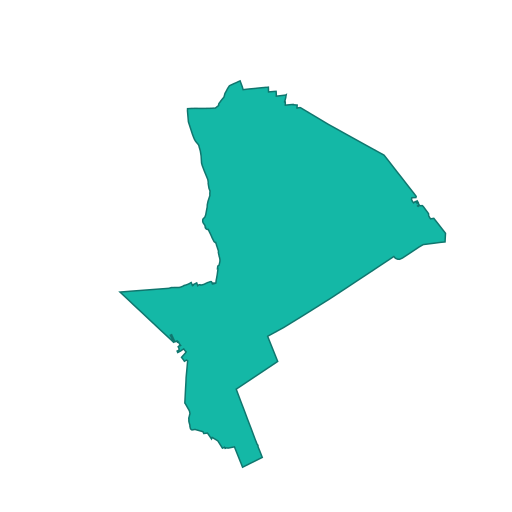 Tláhuac, Distrito Federal, Mexico, rotated 49°
{"feature_id": "50627088B16651448707811", "entity_name": "Tláhuac", "entity_type": "district", "adm_level": 2, "iso_a3": "MEX", "parent_name": "Mexico", "parent_adm1": "Distrito Federal", "projection": "robinson", "projection_center": [-99.012, 19.269], "detail": "fine", "context": "isolated", "style": "filled", "palette": "teal", "viewbox_px": 512, "rotation_deg": 49, "n_neighbors": 0, "source": "geoboundaries", "source_scale": "gbopen_adm2", "svg_char_len": 5480}
<svg xmlns="http://www.w3.org/2000/svg" viewBox="0 0 512 512"><g transform="rotate(49 256 256)"><path d="M99.9,211.0L101.5,212.5L110.4,219.0L111.1,219.3L122.4,224.1L125.1,225.1L127.5,225.9L129.5,226.3L131.2,226.4L133.4,226.4L134.3,226.5L135.0,226.6L136.5,227.4L140.2,229.1L144.5,231.8L150.1,236.1L152.4,237.2L157.8,239.2L166.7,242.2L169.1,243.7L169.6,244.3L171.3,245.4L173.6,246.8L174.1,247.1L176.3,247.9L176.7,248.0L178.8,250.1L180.0,251.0L180.7,252.1L183.2,256.3L185.4,259.2L187.1,260.8L188.0,262.0L191.9,266.9L192.4,267.8L193.1,269.1L193.3,271.6L193.4,271.9L193.8,272.5L194.9,273.5L195.5,273.8L196.1,274.1L199.5,274.5L201.2,275.6L201.4,275.3L202.1,275.8L203.0,275.8L204.1,275.3L204.5,274.6L205.6,274.9L206.4,275.1L207.0,275.3L208.2,275.6L208.9,275.8L209.0,275.8L211.7,276.6L212.6,276.9L213.8,277.3L214.5,277.4L215.0,277.6L215.6,277.7L216.1,277.8L216.9,278.1L217.5,278.1L217.9,278.2L218.6,278.0L219.1,277.9L219.3,277.5L220.4,278.0L221.0,278.2L221.2,278.3L221.9,278.7L223.7,279.4L224.6,279.8L225.0,280.0L225.3,280.1L227.0,280.8L227.5,281.0L228.0,281.4L228.5,282.0L229.5,282.6L231.2,283.5L232.2,284.1L232.8,284.3L233.5,284.7L233.9,284.9L234.6,285.3L235.2,285.7L235.8,286.2L236.1,286.5L236.5,286.9L236.8,287.3L237.7,288.5L238.2,289.2L238.5,289.7L238.7,290.1L238.5,291.2L238.9,291.9L239.8,292.9L239.8,292.7L240.5,293.0L241.0,293.4L241.3,293.7L243.3,296.0L244.8,297.7L246.4,299.7L247.0,300.4L247.5,301.1L248.4,302.2L248.8,302.6L250.1,304.2L249.0,306.5L248.6,305.8L248.0,307.1L247.2,306.6L246.8,306.7L246.2,306.5L245.8,306.8L245.7,306.8L245.2,307.8L244.9,308.7L244.5,309.5L244.2,310.4L243.9,311.3L243.7,312.2L243.5,312.9L243.4,313.5L242.6,315.2L242.1,316.1L241.9,316.6L241.7,316.8L241.5,317.0L241.0,317.0L240.4,317.8L240.2,318.4L240.2,319.3L240.2,319.5L237.4,318.4L237.2,318.8L237.2,319.5L237.0,320.0L236.4,322.2L237.0,322.6L236.7,323.4L233.5,322.3L233.3,323.0L233.3,323.5L233.2,323.9L233.1,324.4L233.0,324.8L232.9,325.1L232.8,325.4L232.5,326.4L231.7,328.4L231.2,329.3L231.0,329.7L231.0,330.3L230.9,330.7L230.7,331.4L230.2,332.8L229.8,333.8L229.7,334.2L229.5,334.4L229.3,334.5L229.0,335.1L226.7,337.7L224.2,340.7L223.9,341.5L223.1,343.1L199.5,374.8L194.0,382.3L203.5,381.3L206.5,381.0L212.1,380.5L218.7,379.8L224.1,379.2L230.3,378.6L235.3,378.1L239.1,377.7L245.7,377.0L249.9,376.6L255.4,376.0L259.9,375.5L263.6,375.1L267.0,374.8L267.0,374.6L259.6,372.7L260.0,371.3L261.9,371.9L265.4,372.9L267.6,373.5L268.0,372.1L268.3,371.3L269.6,371.9L270.0,370.9L271.7,371.4L274.1,371.6L274.0,372.0L273.4,372.4L273.4,374.3L274.4,374.5L275.3,374.8L275.9,375.2L276.3,375.8L276.5,376.0L276.0,377.9L277.5,378.4L278.3,375.0L278.3,374.5L278.7,371.5L280.8,371.7L281.3,371.7L282.5,371.6L282.9,373.1L283.6,378.7L285.3,378.8L287.0,378.9L288.5,379.1L288.9,376.8L290.2,376.3L295.8,382.1L301.9,388.5L305.3,391.7L310.0,396.3L320.3,406.2L320.9,406.2L327.9,407.6L328.0,407.6L329.1,407.9L329.5,408.0L331.0,408.9L331.3,409.0L332.0,409.7L332.2,410.2L332.3,410.3L332.6,410.7L333.2,411.5L334.1,412.9L334.6,413.4L335.3,413.9L335.9,414.4L336.4,414.9L336.9,415.2L337.6,415.6L340.1,416.8L340.6,417.1L341.3,417.7L341.9,418.0L342.6,418.4L343.5,418.8L344.7,418.7L345.3,418.4L346.9,415.8L353.8,411.3L355.7,411.9L357.8,408.8L361.6,409.2L364.9,409.6L364.2,408.1L368.1,406.8L370.5,406.1L375.7,406.9L379.0,407.4L379.7,405.2L381.5,405.7L380.6,405.0L382.8,402.9L385.9,397.5L406.6,404.7L408.3,398.1L412.1,383.4L405.7,381.1L402.7,380.1L401.3,379.6L400.1,378.7L398.5,378.6L396.7,377.9L394.3,377.1L383.1,372.9L373.7,369.5L367.6,367.2L363.3,365.6L358.3,363.8L354.5,362.4L349.4,360.5L343.5,358.3L345.0,346.6L349.8,308.8L324.2,299.9L326.9,287.6L328.1,282.2L331.9,259.2L335.8,234.3L336.6,229.4L339.4,208.7L341.0,196.4L342.7,183.7L344.3,171.4L346.0,158.5L346.8,152.3L349.1,152.3L351.2,151.3L352.7,149.8L353.6,146.8L354.6,139.5L356.2,127.0L357.1,122.3L360.9,116.6L362.2,114.7L366.7,107.9L369.4,104.1L363.2,98.1L361.9,98.0L348.9,97.3L344.2,97.1L342.5,99.9L341.7,99.8L339.1,99.4L337.2,98.0L328.6,97.3L327.1,97.4L325.6,99.3L324.8,99.3L324.9,101.1L324.2,101.2L324.0,99.3L323.2,99.0L322.1,98.5L321.8,99.8L320.5,99.2L320.8,98.4L320.1,98.2L319.8,100.2L319.4,100.2L319.3,102.2L317.4,102.1L316.5,101.9L315.3,101.5L315.1,101.4L314.3,100.1L316.8,97.0L316.1,96.0L313.6,95.8L299.9,95.1L293.0,94.7L284.4,94.3L272.2,93.6L263.9,93.2L248.9,98.7L244.3,100.4L221.8,108.6L204.2,115.0L182.5,122.1L173.3,125.1L173.0,125.3L172.5,125.9L171.8,127.1L171.4,127.8L171.2,128.0L169.1,125.9L166.0,128.9L165.9,128.7L165.4,129.3L161.4,134.9L159.0,132.9L158.8,132.8L158.4,133.3L158.2,133.1L157.4,131.6L157.0,131.1L156.5,130.4L156.1,129.8L155.8,129.4L155.3,128.9L154.9,128.4L154.1,127.4L154.0,128.0L150.5,133.2L148.7,135.8L147.4,134.7L145.2,133.0L144.9,132.8L143.8,134.2L140.9,138.2L140.4,138.9L136.7,135.9L136.3,136.5L135.7,137.3L135.1,138.0L134.6,138.7L134.0,139.6L133.3,140.5L132.6,141.5L131.9,142.5L131.1,143.6L129.1,146.5L125.5,151.5L122.0,156.6L120.5,155.9L119.5,155.4L115.2,153.8L113.4,153.1L112.6,155.7L112.4,156.6L111.9,158.2L111.5,159.3L111.1,160.7L110.8,161.9L110.7,162.0L110.1,164.4L110.9,167.3L111.0,167.6L112.1,170.4L112.9,172.7L114.9,175.7L115.2,176.5L115.3,177.8L115.4,178.2L115.6,179.3L115.8,180.4L115.9,181.0L116.0,181.1L116.5,183.5L116.9,184.6L117.5,185.1L117.9,185.5L117.8,187.0L117.7,189.5L117.6,189.8L116.6,191.0L115.6,192.3L114.8,193.3L113.3,195.1L112.6,195.9L111.3,197.5L108.7,200.5L108.3,201.0L107.2,202.2L104.6,205.1L103.3,206.7L102.8,207.3L102.0,208.2L102.0,208.3L100.9,209.7L99.9,211.0Z" fill="#14b8a6" stroke="#0f766e" stroke-width="1.5"/></g></svg>